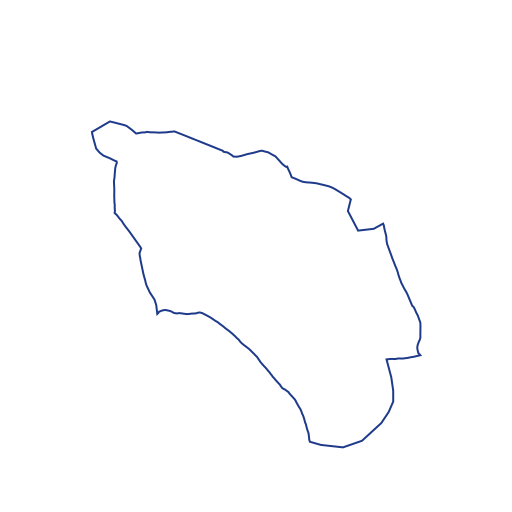 outline of Marisule/La Brellotte, Gros Islet, Saint Lucia, rotated 312°
{"feature_id": "8701671B65833866980229", "entity_name": "Marisule/La Brellotte", "entity_type": "district", "adm_level": 2, "iso_a3": "LCA", "parent_name": "Saint Lucia", "parent_adm1": "Gros Islet", "projection": "equal_earth", "projection_center": [-60.972, 14.058], "detail": "fine", "context": "isolated", "style": "outline", "palette": "blue", "viewbox_px": 512, "rotation_deg": 312, "n_neighbors": 0, "source": "geoboundaries", "source_scale": "gbopen_adm2", "svg_char_len": 4241}
<svg xmlns="http://www.w3.org/2000/svg" viewBox="0 0 512 512"><g transform="rotate(312 256 256)"><path d="M146.9,221.4L148.0,221.5L148.9,221.4L149.8,221.3L152.1,222.4L153.6,223.4L154.8,224.3L155.7,225.5L156.4,226.7L157.0,227.8L157.6,228.8L158.2,230.6L158.7,232.9L159.4,234.2L160.7,236.0L161.7,236.7L162.7,237.8L164.7,240.8L166.1,242.9L167.4,244.4L168.9,245.7L169.9,246.5L171.7,248.3L173.3,249.9L174.7,250.6L176.0,251.6L176.6,252.3L177.6,254.3L178.9,259.3L179.5,261.7L179.8,263.3L180.2,265.7L180.6,269.1L181.2,271.9L181.3,273.2L181.3,274.4L181.7,278.2L181.8,279.6L181.8,281.4L181.9,282.3L181.9,282.9L182.1,284.3L182.3,286.6L182.3,287.8L182.4,289.2L182.4,290.3L182.4,291.8L182.4,293.7L182.2,296.6L182.2,297.8L182.3,298.8L182.1,300.0L181.8,301.4L181.7,302.4L181.6,303.6L181.7,305.5L181.7,306.3L181.8,307.4L181.9,308.4L182.0,309.5L182.1,310.8L182.2,312.0L182.3,312.9L182.2,314.3L182.2,315.3L182.1,316.8L182.0,318.3L182.0,319.8L181.8,321.6L181.7,324.3L181.5,325.2L181.3,325.9L181.0,327.2L180.4,329.4L180.2,330.2L179.7,333.9L179.7,334.4L179.5,335.6L179.5,336.5L179.4,337.8L179.0,340.8L178.8,341.9L178.7,343.2L178.1,346.0L178.0,347.0L177.4,349.6L177.4,350.4L177.3,351.2L176.9,354.1L176.7,356.0L176.6,357.0L176.5,358.3L176.4,359.8L176.1,360.7L175.8,362.0L175.6,363.0L175.4,364.1L175.9,366.1L176.1,366.6L176.6,371.2L176.3,372.2L176.2,372.8L176.1,373.8L175.9,375.3L175.9,375.9L175.8,376.6L175.7,377.8L175.6,378.7L175.5,379.4L175.5,380.0L175.4,380.6L175.2,381.5L174.9,382.5L174.5,383.3L174.2,384.2L173.9,384.8L173.6,386.0L173.4,386.4L173.2,387.0L172.9,388.0L172.5,389.1L172.1,391.0L171.1,393.2L170.8,393.9L169.8,395.5L169.2,397.1L169.0,397.5L168.8,398.0L168.4,398.7L167.6,400.1L167.1,401.0L166.8,401.4L166.2,402.3L165.4,403.5L165.0,404.2L164.4,405.6L164.1,406.1L163.6,406.7L162.7,408.1L162.0,409.1L161.7,409.5L161.5,409.9L161.0,410.7L160.8,411.2L160.3,412.0L159.9,412.8L159.5,413.5L159.0,414.2L158.6,414.6L157.5,415.9L155.2,418.4L154.0,420.3L159.0,430.6L172.0,448.7L189.6,458.4L215.7,460.9L228.8,459.0L239.6,455.4L246.7,449.0L247.7,448.1L256.3,437.8L266.5,422.2L267.5,423.1L268.9,424.3L269.6,424.9L272.7,428.5L273.9,429.4L274.5,429.9L275.3,430.5L276.2,431.6L277.4,433.0L278.2,433.9L279.1,434.6L280.8,436.1L282.0,437.1L283.6,438.2L285.7,439.9L287.4,441.2L288.2,441.7L292.2,444.5L292.6,441.3L295.4,437.5L297.3,436.1L298.7,435.4L301.1,434.4L303.3,433.8L305.3,432.8L306.7,431.5L310.0,428.6L314.1,425.0L316.6,422.5L318.0,419.8L319.9,416.3L321.3,412.6L322.9,409.2L323.6,407.1L323.5,405.5L328.6,394.7L329.7,392.0L330.5,389.4L331.3,387.0L332.5,384.0L333.3,381.8L334.3,380.1L335.4,377.8L337.4,374.3L338.8,372.2L340.4,369.3L341.8,366.2L343.5,362.9L345.4,359.0L347.0,356.1L352.6,345.5L354.2,343.4L355.7,341.7L356.6,340.9L358.3,339.0L359.4,337.3L360.9,335.0L362.7,332.5L364.2,330.6L365.1,328.8L355.0,325.3L343.2,314.9L350.9,294.2L361.5,288.6L361.6,286.6L361.0,283.6L360.4,279.8L359.4,274.3L358.9,271.6L358.5,269.7L357.9,267.2L357.1,264.9L356.4,263.2L353.8,258.3L352.2,255.4L350.4,252.1L347.4,247.9L345.9,246.0L344.0,243.5L342.5,241.2L341.6,239.0L341.1,237.6L340.5,235.6L339.3,232.1L338.4,229.8L339.5,227.7L340.9,224.8L342.1,221.8L343.3,219.4L342.5,219.0L342.1,217.1L342.0,214.6L342.1,212.7L342.5,209.4L342.7,207.1L342.9,205.5L343.0,204.2L343.0,203.2L342.5,201.7L341.2,195.7L339.7,192.9L338.2,189.9L336.4,188.5L331.2,185.2L325.8,181.3L320.4,178.0L317.0,175.4L314.8,172.7L314.7,170.4L314.0,166.2L313.4,164.7L312.6,163.6L311.7,162.0L312.0,161.0L294.0,112.0L293.5,111.6L292.6,110.8L290.7,109.0L287.8,106.5L282.4,101.0L280.6,98.6L277.3,94.8L275.2,91.8L273.9,91.1L271.4,88.5L266.8,85.0L266.8,83.9L266.7,79.4L266.1,72.9L265.2,70.6L263.2,66.8L260.6,61.8L258.2,57.4L238.4,51.1L237.3,52.4L234.3,56.8L228.9,65.3L228.2,70.5L228.5,75.4L230.9,82.2L232.3,87.3L233.0,89.1L232.6,89.7L231.8,90.4L229.8,91.1L228.9,91.6L227.0,92.7L223.8,95.1L219.8,98.2L216.4,100.5L210.3,106.5L206.5,109.8L201.5,114.5L198.9,117.4L198.0,118.0L194.9,121.2L193.4,122.1L193.3,125.4L192.5,129.5L192.2,132.9L191.2,136.2L190.6,139.1L189.4,145.7L185.3,164.0L184.8,165.6L180.4,167.4L178.6,169.2L177.1,171.2L175.7,172.9L172.1,177.8L167.2,184.5L163.7,190.0L162.3,192.0L160.9,194.3L157.9,201.4L155.7,209.7L155.4,210.2L153.6,213.3L152.7,214.8L146.9,221.4Z" fill="none" stroke="#1e3a8a" stroke-width="2"/></g></svg>